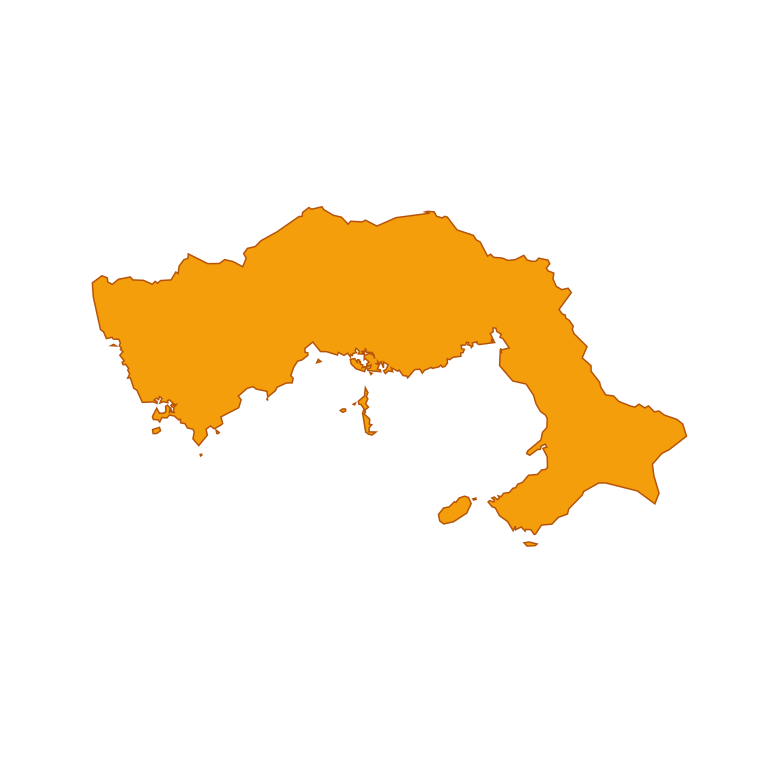 outline of Toli-Toli, Sulawesi Tengah, Indonesia, rotated 228°
{"feature_id": "22746128B86630799177927", "entity_name": "Toli-Toli", "entity_type": "district", "adm_level": 2, "iso_a3": "IDN", "parent_name": "Indonesia", "parent_adm1": "Sulawesi Tengah", "projection": "albers", "projection_center": [120.606, 0.981], "detail": "fine", "context": "isolated", "style": "filled", "palette": "amber", "viewbox_px": 768, "rotation_deg": 228, "n_neighbors": 0, "source": "geoboundaries", "source_scale": "gbopen_adm2", "svg_char_len": 6185}
<svg xmlns="http://www.w3.org/2000/svg" viewBox="0 0 768 768"><g transform="rotate(228 384 384)"><path d="M653.2,246.8L654.3,234.9L643.0,226.1L614.1,209.7L610.4,210.5L603.5,208.1L600.7,213.1L598.5,212.9L594.7,216.8L591.0,215.6L589.5,212.9L586.2,212.9L586.0,211.2L582.7,211.6L582.1,206.9L575.0,206.4L575.4,203.9L572.9,203.0L571.5,205.1L566.4,204.7L565.8,202.9L561.6,201.7L559.9,197.5L558.6,199.7L548.3,195.2L544.6,196.2L532.1,192.1L525.1,200.5L521.5,202.4L522.9,203.7L525.9,202.4L525.9,205.2L523.2,206.1L524.9,208.6L521.9,209.4L519.8,204.7L518.6,208.1L514.7,210.8L516.5,212.1L515.9,213.9L508.7,214.7L507.7,216.2L507.3,213.5L510.9,213.5L510.7,211.2L506.6,211.7L504.4,208.7L502.5,209.6L505.1,207.3L508.0,209.0L505.8,204.7L509.5,209.0L513.2,208.9L513.5,206.7L509.4,203.3L509.9,200.5L512.5,197.6L518.1,198.9L514.8,190.2L512.0,188.8L508.8,192.0L505.8,191.9L507.7,196.5L504.1,199.9L504.4,203.8L500.6,206.7L494.7,207.5L494.1,209.1L491.2,206.9L487.6,209.6L482.8,208.5L478.3,211.7L475.4,211.0L471.1,205.3L462.2,205.1L464.2,218.5L469.5,221.5L468.9,227.0L464.3,227.8L462.6,235.6L462.6,237.7L468.7,240.8L463.6,260.2L467.9,267.3L472.5,267.6L472.4,279.2L469.7,284.9L465.8,285.6L456.9,292.1L452.1,288.9L451.7,298.7L453.1,302.5L450.1,312.0L446.3,316.6L449.1,320.3L452.6,320.4L456.8,327.9L458.8,335.2L456.8,339.0L456.2,346.5L458.1,348.2L460.4,346.6L463.3,348.9L462.8,359.2L450.6,358.5L446.4,363.0L436.7,368.7L438.0,371.2L432.1,373.4L431.2,377.6L426.6,377.2L428.0,379.0L426.3,379.6L427.5,381.5L425.7,384.5L428.1,384.8L429.3,387.1L424.6,387.7L423.6,385.1L420.5,388.2L422.9,389.5L422.3,390.5L419.3,389.2L423.1,394.2L419.2,392.3L415.4,396.2L412.9,396.1L409.1,394.2L412.8,395.4L416.7,393.5L418.2,388.3L415.4,385.6L415.4,387.1L410.1,387.6L410.5,384.7L408.2,384.1L409.3,383.6L408.2,381.4L406.9,387.3L405.1,384.8L406.4,381.6L404.8,381.1L395.3,389.8L397.2,390.7L399.4,389.0L401.4,393.0L404.2,392.0L403.2,393.4L405.0,394.4L401.8,394.5L402.5,396.7L396.3,394.4L400.7,398.4L395.4,399.9L393.4,395.2L394.2,392.6L390.8,392.0L390.8,396.1L387.3,398.7L391.1,400.2L384.3,402.8L384.3,404.6L377.6,403.8L374.4,406.3L372.7,405.7L374.2,416.4L370.9,420.6L366.4,419.7L367.1,423.2L364.8,430.3L363.3,430.3L360.0,436.2L360.0,438.9L357.5,438.7L356.3,440.8L357.0,445.1L360.4,447.8L358.1,449.1L357.7,453.0L353.2,459.7L355.7,461.8L354.4,463.7L356.0,466.9L358.1,465.3L361.2,467.3L358.4,470.7L359.7,473.3L358.2,474.6L357.2,472.5L354.1,474.3L352.7,473.3L352.9,475.7L355.4,477.1L353.2,481.4L351.7,480.2L349.5,481.3L340.8,494.0L342.9,494.3L343.4,492.1L345.1,493.7L343.7,494.8L350.4,496.7L349.7,500.0L352.8,502.4L350.7,504.5L347.4,503.0L342.5,504.4L341.1,501.4L338.3,502.7L327.0,501.2L331.0,493.5L328.0,492.0L331.1,493.1L332.3,494.9L331.8,493.5L320.3,482.2L300.1,481.7L288.9,489.6L275.6,487.6L267.5,483.7L258.9,481.9L252.8,483.2L249.1,482.2L242.7,475.9L242.0,469.4L237.4,463.1L238.1,446.0L236.9,443.5L233.5,444.6L232.6,454.3L230.8,456.5L232.7,459.2L231.5,463.5L228.1,462.8L229.9,459.0L220.7,456.6L212.6,449.6L212.4,446.8L214.7,443.7L214.1,437.6L219.5,430.3L218.2,421.0L220.1,416.4L218.8,412.5L220.3,409.9L219.5,404.6L222.8,399.7L221.9,395.7L224.4,394.0L222.2,393.6L222.2,390.9L226.2,390.3L227.1,387.9L223.8,388.3L222.9,386.8L226.7,384.3L226.7,382.4L220.3,382.2L217.4,383.8L209.0,381.7L199.1,383.8L188.6,381.8L190.5,386.5L187.7,384.2L185.9,390.3L180.2,390.4L181.0,392.1L177.5,395.7L171.7,394.9L171.1,396.2L173.8,406.6L167.5,415.0L168.2,424.4L164.6,433.3L167.6,437.8L168.8,456.9L170.5,460.5L166.8,477.2L162.4,482.3L135.1,500.7L113.7,505.1L118.8,515.3L135.3,523.2L144.8,529.8L146.5,543.9L144.4,551.9L142.8,573.9L154.4,579.2L161.9,577.9L173.3,571.5L180.0,570.2L182.4,566.3L190.8,565.9L191.7,561.8L198.4,560.0L198.9,555.1L202.5,552.5L214.0,546.8L221.5,546.6L227.5,541.5L236.7,543.0L241.1,545.4L254.8,546.4L259.1,550.1L270.8,548.8L275.9,559.9L294.3,558.9L298.6,560.5L300.3,563.3L307.3,564.3L311.1,563.2L314.0,564.8L316.8,563.3L322.3,563.9L326.6,584.4L332.0,584.9L335.2,579.2L341.3,577.3L349.0,579.9L352.8,584.4L358.2,581.6L361.6,582.3L362.4,587.6L366.3,588.8L374.0,583.2L373.6,579.1L376.3,575.9L380.5,573.3L386.0,574.0L388.7,564.5L393.0,558.7L398.7,556.0L404.8,550.2L409.1,550.1L409.7,546.5L425.2,550.5L429.4,549.0L434.6,549.9L449.6,541.4L465.9,542.7L468.1,541.1L468.4,538.4L473.6,535.3L478.3,536.5L483.3,531.8L484.3,529.8L480.3,532.3L499.6,504.2L506.1,484.4L518.2,479.8L519.0,476.3L527.3,468.1L526.8,464.3L536.5,464.0L543.3,459.2L554.1,455.9L557.2,456.5L562.3,447.2L565.4,446.2L566.0,438.4L563.4,435.1L565.3,433.0L568.7,406.2L572.8,388.6L572.3,380.3L576.2,373.2L574.8,366.9L569.7,365.8L565.7,357.5L575.9,353.8L583.1,348.8L583.7,342.3L591.3,333.6L611.6,325.6L608.6,322.5L610.3,318.3L608.6,310.5L603.8,304.9L606.5,304.2L603.8,295.4L610.4,287.2L610.4,283.1L613.4,282.6L613.2,278.6L622.0,274.6L629.4,267.0L633.3,267.1L639.5,256.8L639.9,248.7L644.7,247.0L648.0,249.4L653.2,246.8ZM249.4,357.6L249.1,350.2L252.0,345.2L250.6,337.2L245.0,333.8L240.0,334.8L235.1,343.5L232.7,359.1L236.8,368.8L243.1,370.8L246.7,368.8L249.0,363.5L247.9,358.2L249.4,357.6ZM376.6,348.5L360.5,338.2L356.9,339.0L354.1,340.9L353.7,345.9L358.5,340.8L361.5,343.9L362.0,347.6L363.9,346.2L367.5,349.9L374.9,349.2L375.6,351.6L377.3,351.9L377.2,357.0L381.6,357.1L383.8,362.1L386.5,362.5L388.3,366.3L393.7,367.6L388.1,361.4L388.4,353.3L385.7,351.9L384.2,353.2L378.9,352.5L376.6,348.5ZM422.5,379.3L424.9,375.4L420.8,373.0L414.0,373.4L406.2,377.8L407.9,380.9L409.9,381.3L410.6,378.6L412.3,381.0L414.2,379.9L416.8,381.7L415.7,379.6L418.1,381.8L419.7,380.8L418.2,378.6L422.5,379.3ZM502.0,188.1L505.0,181.5L501.6,179.2L499.3,182.0L498.8,186.7L502.0,188.1ZM162.7,390.7L169.4,386.2L172.3,381.8L167.8,381.9L162.7,388.3L162.7,390.7ZM391.1,338.7L393.1,336.7L393.6,333.8L390.4,334.5L389.6,337.4L391.1,338.7ZM442.9,352.2L446.3,351.6L444.8,348.2L442.9,352.2ZM462.1,228.4L459.0,226.6L458.1,227.7L458.2,229.1L462.1,228.4ZM591.6,210.4L594.4,209.6L595.1,206.9L591.6,210.4ZM239.2,373.1L237.9,372.9L236.6,375.2L237.8,375.9L239.2,373.1ZM388.9,350.0L389.6,347.6L388.1,348.2L388.9,350.0ZM401.8,381.2L399.8,380.6L399.9,382.3L401.8,381.2ZM454.6,200.2L453.2,199.6L453.0,200.9L453.9,201.5L454.6,200.2ZM451.9,287.9L450.9,286.7L449.5,286.7L451.9,287.9Z" fill="#f59e0b" stroke="#b45309" stroke-width="1.5"/></g></svg>